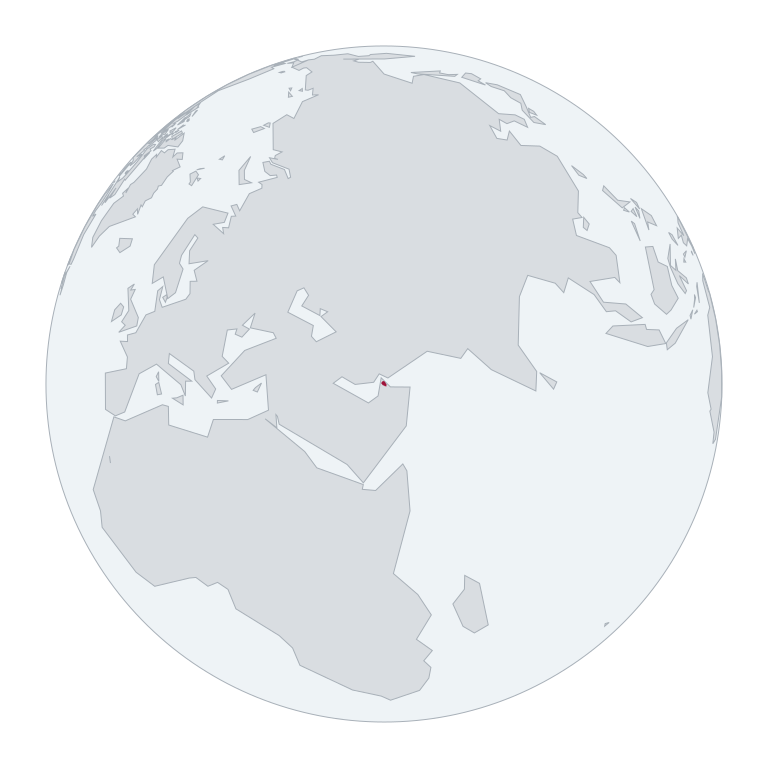 Fujayrah highlighted on a globe, orthographic projection, rotated 326°
{"feature_id": "ARE-341", "entity_name": "Fujayrah", "entity_type": "Emirate", "adm_level": 1, "iso_a3": "ARE", "parent_name": "United Arab Emirates", "parent_adm1": "", "projection": "orthographic", "projection_center": [56.162, 25.265], "detail": "fine", "context": "on_globe", "style": "filled", "palette": "rose", "viewbox_px": 768, "rotation_deg": 326, "n_neighbors": 0, "source": "natural_earth", "source_scale": "10m", "svg_char_len": 11368}
<svg xmlns="http://www.w3.org/2000/svg" viewBox="0 0 768 768"><g transform="rotate(326 384 384)"><circle cx="384" cy="384" r="338" fill="#eef3f6" stroke="#a8b0b8"/><path d="M491.8,63.7L489.6,63.1L494.3,64.8L489.7,63.7L473.8,58.9L470.5,58.4L479.9,61.4L481.2,63.0L467.9,58.5L468.9,61.0L442.4,55.7L410.7,48.2L392.5,47.9L350.5,48.3L350.8,48.8L335.1,50.6L329.6,52.2L323.3,52.8L324.4,53.8L331.1,53.1L333.8,53.5L331.2,54.6L322.8,55.2L322.9,54.7L319.0,55.5L316.0,55.5L316.0,56.2L306.1,57.3L311.9,58.1L300.8,60.7L295.3,61.1L301.1,58.5L302.6,56.0L326.1,51.1L349.9,47.8L373.8,46.2L397.8,46.4L421.7,48.2L445.4,51.7L468.8,56.9L491.8,63.7ZM247.5,74.9L247.1,75.1L259.5,70.1L260.9,69.9L271.6,66.6L264.2,70.2L251.3,75.8L242.0,79.0L236.1,82.0L240.3,82.0L218.6,92.2L196.5,106.9L191.5,109.8L190.1,108.4L201.8,99.5L201.3,99.7L223.9,86.4L247.5,74.9ZM196.2,103.1L195.3,103.7L187.5,109.1L196.2,103.1ZM177.8,116.3L175.7,118.0L178.1,116.3L172.7,120.5L173.5,119.7L177.8,116.3ZM495.7,65.3L498.7,66.3L499.8,66.9L495.7,65.3ZM274.9,65.0L273.2,65.8L272.1,66.0L274.9,65.0ZM281.1,63.1L280.9,62.8L283.9,61.8L283.9,62.1L281.1,63.1ZM493.9,66.0L494.8,67.1L491.1,65.0L493.9,66.0ZM280.6,63.8L289.1,60.3L294.2,58.8L298.6,58.7L280.6,63.8ZM493.5,67.2L495.9,71.0L502.7,73.1L484.8,69.9L488.7,67.3L483.1,64.1L489.5,66.5L493.5,67.2ZM334.4,52.4L327.1,53.2L335.6,51.6L334.4,52.4ZM339.2,51.4L361.4,47.7L370.9,47.8L361.5,48.7L375.7,48.6L369.4,50.3L360.2,50.8L355.3,50.2L356.6,51.5L339.2,51.4ZM474.4,68.1L472.7,68.6L471.5,67.2L474.4,68.1ZM335.5,53.5L339.2,52.5L347.7,52.4L341.9,54.5L341.0,53.8L335.5,53.5ZM382.6,48.0L387.8,48.7L384.2,50.2L385.7,50.8L370.1,50.4L382.6,48.0ZM337.8,54.4L338.7,55.7L332.4,56.9L332.5,54.6L337.8,54.4ZM352.3,51.6L356.0,51.8L352.1,52.3L352.3,51.6ZM310.3,63.3L314.5,61.4L319.3,61.1L310.3,63.3ZM339.5,56.1L341.7,55.7L344.1,55.5L343.4,56.7L339.5,56.1ZM368.6,51.8L365.9,52.5L374.8,51.9L372.4,53.5L362.4,53.2L365.7,54.0L365.0,54.6L357.6,53.8L368.6,51.8ZM349.8,57.5L336.3,58.5L327.4,61.7L322.9,61.9L337.9,56.8L349.8,57.5ZM355.0,55.3L350.8,56.6L347.3,55.9L348.1,54.6L355.0,55.3ZM374.4,54.9L380.6,52.5L382.6,52.7L374.4,54.9ZM347.9,58.5L351.2,58.3L347.7,58.8L347.9,58.5ZM367.0,56.0L369.0,55.0L371.2,55.2L367.0,56.0ZM356.2,59.0L351.9,59.1L352.2,58.1L356.2,59.0ZM361.7,57.7L364.3,58.3L355.0,57.6L362.2,57.1L361.7,57.7ZM368.8,56.4L370.7,56.2L367.6,56.8L368.8,56.4ZM357.2,63.2L345.5,62.7L346.4,60.2L357.7,61.0L357.2,63.2ZM73.2,401.4L70.2,345.2L78.0,330.7L83.9,308.9L141.7,260.2L148.9,269.9L188.7,277.3L192.7,282.0L182.6,297.6L208.0,329.4L222.7,318.0L251.2,337.3L273.6,341.1L291.3,310.3L254.6,303.2L253.6,286.2L287.3,278.3L320.2,285.8L320.9,279.6L304.6,262.7L316.8,253.1L299.5,256.1L303.1,263.2L292.4,265.7L288.5,259.5L292.9,256.1L284.3,251.6L265.3,270.6L266.9,279.9L241.5,278.3L241.7,294.0L233.2,299.2L229.7,274.7L233.5,267.0L223.1,238.7L216.7,246.4L226.2,274.1L221.1,270.7L212.6,282.9L215.2,271.0L206.5,240.3L186.7,238.6L153.4,262.2L143.5,260.2L138.9,249.3L159.1,219.1L179.0,227.3L186.4,218.1L189.3,201.0L195.1,205.4L198.7,199.9L206.9,202.7L225.3,193.6L234.6,195.6L248.5,180.2L255.1,179.5L245.0,188.5L243.0,196.4L267.1,202.9L273.7,200.6L280.7,190.5L286.4,194.2L290.2,183.6L307.2,183.4L289.6,175.3L297.4,164.8L311.3,158.9L310.7,154.4L288.1,164.1L281.9,169.6L281.7,176.3L262.2,191.7L252.5,192.3L260.9,171.8L248.1,171.0L260.3,156.7L313.9,136.9L332.8,135.8L350.2,155.1L342.0,160.7L331.7,156.1L335.1,169.7L337.8,164.0L342.5,167.6L351.2,159.6L355.0,161.9L356.8,150.9L362.4,152.8L361.2,159.7L378.8,150.9L392.2,153.4L394.4,150.4L392.9,146.6L411.0,153.0L411.8,150.7L406.2,147.6L404.1,141.1L407.5,132.6L413.5,135.2L413.1,138.6L421.4,150.5L419.4,160.1L422.2,160.4L425.4,152.8L415.3,138.2L415.6,132.4L421.7,138.5L419.5,135.8L421.6,133.8L429.3,134.6L423.2,127.8L437.7,105.9L454.0,106.4L457.8,113.5L474.3,104.3L491.5,107.6L486.3,104.4L490.6,99.2L485.3,98.0L483.2,96.2L492.0,84.8L498.8,85.0L496.7,78.5L494.0,77.1L488.9,76.5L484.8,69.9L502.7,73.1L507.9,75.8L515.6,76.8L526.3,83.4L538.7,90.0L545.9,98.1L555.1,103.4L557.1,103.3L571.0,111.3L593.0,129.7L566.5,115.0L531.9,91.9L545.3,100.8L539.6,99.2L542.8,103.0L552.5,109.8L555.2,110.2L557.4,127.1L575.5,150.4L580.5,145.4L590.2,149.8L615.2,176.8L630.2,224.0L643.2,234.2L648.3,243.0L646.6,251.5L639.1,238.7L631.5,236.9L627.5,229.0L622.1,239.7L616.2,228.9L614.9,243.5L622.5,250.6L629.4,244.4L630.9,262.8L646.2,273.9L655.0,292.1L653.1,332.7L640.5,350.3L641.3,356.7L632.6,352.8L626.6,368.5L647.1,397.1L648.4,407.1L636.2,431.9L634.9,424.7L612.1,414.2L611.7,438.9L629.2,452.9L635.3,473.5L623.6,470.7L616.9,452.8L608.8,448.4L608.2,427.4L596.1,399.1L584.1,408.8L582.3,396.2L563.9,374.3L545.1,387.3L517.0,426.8L517.6,459.0L506.0,474.7L481.0,432.1L473.2,401.5L462.0,405.7L438.1,381.0L390.6,381.2L385.7,372.9L376.4,376.8L359.8,368.2L353.2,354.5L342.3,355.0L360.5,391.0L372.4,390.6L385.1,377.3L387.7,390.0L403.9,401.1L379.0,431.2L311.6,454.4L308.4,430.1L274.6,358.7L277.5,351.4L277.5,350.5L277.3,348.9L270.7,360.4L266.0,346.4L280.5,395.7L281.4,415.9L310.6,455.8L307.1,459.2L317.5,467.6L354.9,460.8L354.4,468.8L334.6,503.8L285.8,546.4L294.3,577.5L294.1,601.9L268.1,613.8L275.0,632.0L262.2,635.7L264.4,645.2L256.7,652.9L242.2,657.9L212.6,649.8L207.2,641.2L186.8,620.1L157.0,570.2L160.6,551.7L156.4,533.9L135.5,487.6L139.8,467.0L135.1,455.4L124.9,453.2L119.9,439.2L114.1,436.0L80.8,423.5L73.2,401.4ZM116.1,290.3L113.1,296.4L113.1,296.5L116.1,290.3ZM351.5,311.1L373.5,314.0L369.5,292.9L377.7,292.6L373.3,285.9L369.1,291.4L359.5,273.3L371.1,268.3L371.4,259.5L364.1,258.2L344.4,270.7L358.1,296.0L350.5,303.9L351.5,311.1ZM182.4,112.8L178.7,115.6L179.6,114.9L182.4,112.8ZM173.6,122.5L165.0,129.2L171.1,124.0L169.2,124.7L179.7,115.5L189.6,110.8L183.2,114.2L173.6,122.5ZM196.4,103.2L188.6,108.7L196.7,102.9L196.4,103.2ZM210.8,169.8L211.3,174.5L204.8,179.8L193.0,179.8L202.2,171.9L210.8,169.8ZM213.5,180.4L225.2,161.5L233.0,161.5L226.6,164.5L230.6,166.5L221.4,172.0L217.5,191.5L211.5,197.6L193.0,192.8L202.3,190.6L201.3,185.7L213.5,180.4ZM241.2,121.4L246.4,115.5L256.6,122.9L250.6,127.7L238.5,127.4L238.4,121.6L241.2,121.4ZM286.7,65.2L288.1,64.1L290.4,63.7L291.2,64.3L286.7,65.2ZM311.9,62.4L283.4,70.3L283.5,69.2L266.8,76.4L260.4,76.5L271.5,71.6L254.0,77.7L261.5,73.4L249.6,78.1L274.9,67.3L280.9,64.4L276.7,67.4L282.3,67.2L286.6,66.3L303.1,61.9L318.8,56.6L326.9,56.3L328.5,57.6L326.0,58.8L321.5,58.4L321.3,60.4L312.9,60.8L311.9,62.4ZM342.3,85.0L338.2,81.9L336.4,90.0L328.0,88.8L328.3,89.8L320.1,91.1L310.6,94.9L307.6,93.7L305.2,95.7L299.7,97.0L295.4,99.6L288.5,98.7L282.7,101.9L282.7,99.7L274.6,105.6L277.5,100.9L270.7,102.8L271.4,106.4L244.4,99.8L230.8,102.2L217.9,107.2L224.6,99.6L241.1,90.6L261.0,83.1L273.1,82.5L274.0,79.7L280.0,78.8L276.8,81.3L285.4,76.9L289.5,77.0L307.3,73.0L317.1,67.6L323.8,66.5L322.0,68.7L330.0,66.0L331.2,69.6L336.0,69.0L342.1,72.5L335.8,77.8L341.7,76.8L346.6,79.9L342.3,85.0ZM358.6,64.3L353.1,69.8L345.7,72.2L338.3,65.4L333.7,65.5L328.7,62.2L339.4,59.0L339.8,60.2L342.8,60.6L338.2,61.4L344.1,61.1L344.9,62.9L349.6,63.3L346.5,64.9L358.6,64.3ZM200.7,277.5L204.5,279.6L211.1,280.9L205.8,289.0L200.7,277.5ZM194.3,256.6L198.2,256.7L194.0,267.9L190.1,266.2L194.3,256.6ZM204.0,247.8L198.8,255.9L199.3,250.5L204.0,247.8ZM249.0,188.4L253.6,188.4L252.7,190.9L248.5,194.0L249.0,188.4ZM335.4,112.0L334.2,109.1L336.4,108.3L340.5,101.5L347.1,102.3L347.2,106.8L335.4,112.0ZM283.0,314.7L274.5,319.8L272.0,316.1L275.4,315.1L283.0,314.7ZM236.7,304.5L245.6,311.0L235.2,306.6L236.7,304.5ZM343.3,111.8L344.2,108.7L346.9,111.1L343.3,111.8ZM352.1,102.7L355.9,104.8L348.4,101.7L352.1,102.7ZM433.4,706.3L437.3,707.6L431.5,708.2L433.4,706.3ZM351.7,602.7L335.7,642.0L319.7,640.9L314.0,629.1L318.1,604.9L335.9,599.1L343.9,587.8L351.7,602.7ZM680.4,499.7L684.7,497.8L684.3,499.3L680.4,499.7ZM676.1,498.3L681.5,495.1L674.7,501.9L676.1,498.3ZM683.5,493.8L689.0,487.3L691.4,483.4L690.6,486.6L683.5,493.8ZM672.2,500.8L648.3,513.0L638.0,514.0L641.1,507.8L657.7,501.4L672.2,500.8ZM640.2,508.0L623.6,500.4L596.3,466.2L606.2,463.9L633.8,480.6L632.2,485.6L642.3,493.0L640.2,508.0ZM677.7,463.2L675.9,477.4L663.3,483.2L657.2,484.2L653.1,469.0L655.5,459.0L660.7,456.8L677.3,416.6L683.8,420.3L679.5,436.2L684.6,445.0L677.7,463.2ZM519.4,461.7L528.4,478.9L521.7,483.1L519.4,461.7ZM681.4,391.2L676.4,408.7L680.1,387.2L681.4,391.2ZM681.9,372.3L683.6,378.7L679.8,374.0L681.9,372.3ZM643.6,366.1L638.2,370.3L636.8,365.6L642.8,357.5L643.6,366.1ZM661.6,307.8L666.4,321.8L667.1,327.1L662.3,319.9L661.6,307.8ZM400.7,120.8L387.7,128.8L382.7,136.4L386.7,143.1L375.4,137.7L383.2,125.8L400.7,120.8ZM432.5,107.1L428.9,102.2L434.1,102.8L435.6,104.0L432.5,107.1ZM427.7,105.3L416.5,102.6L416.9,98.8L425.7,101.7L427.7,105.3ZM379.6,105.7L375.3,107.8L373.2,105.6L379.6,105.7ZM656.6,583.7L627.9,615.2L623.2,617.4L630.7,608.5L639.0,588.7L641.1,587.8L647.6,572.3L671.6,545.0L690.9,508.0L696.9,502.6L706.0,476.7L710.0,470.5L704.8,488.9L704.8,490.3L695.5,515.0L684.3,538.9L671.3,561.8L656.6,583.7ZM690.8,493.1L697.7,478.1L700.4,474.7L690.8,493.1ZM716.6,443.6L714.6,449.9L716.3,441.6L717.0,433.3L712.2,438.7L711.2,434.3L713.7,426.9L709.4,427.9L714.3,418.6L715.5,428.7L717.9,414.9L720.2,410.8L721.0,408.7L716.6,443.6ZM712.6,446.6L713.3,445.5L712.2,450.3L712.6,446.6ZM702.7,447.9L702.3,451.7L700.7,450.6L702.7,447.9ZM704.9,443.7L709.2,442.6L704.3,447.2L704.9,443.7ZM687.8,445.9L689.6,453.0L695.5,443.2L690.9,454.3L694.0,465.1L692.3,471.3L689.5,459.3L687.0,475.8L684.3,477.4L683.7,465.2L686.8,447.2L689.5,438.6L699.5,427.9L687.8,445.9ZM705.2,433.5L703.9,425.0L704.7,417.5L706.3,421.3L705.2,433.5ZM698.5,405.2L693.2,397.1L689.7,404.5L695.4,382.6L699.8,393.8L698.5,405.2ZM691.9,383.0L688.8,389.8L691.1,377.7L691.9,383.0ZM687.2,386.7L685.4,379.1L688.6,377.9L687.2,386.7ZM693.8,381.9L692.1,368.0L694.9,374.7L693.8,381.9ZM680.5,362.3L689.7,370.6L680.0,371.2L673.4,345.8L677.0,342.6L680.5,362.3ZM660.9,246.5L656.5,240.2L658.0,236.3L660.6,241.7L660.9,246.5ZM658.9,220.3L657.0,233.3L654.7,245.0L658.3,246.4L663.1,259.4L654.5,251.0L651.7,234.3L654.4,227.8L649.2,217.6L647.7,208.2L639.2,197.3L636.7,191.0L645.2,199.3L658.9,220.3ZM635.3,192.9L620.0,173.2L625.5,171.8L630.1,175.7L634.8,185.1L631.6,185.3L635.3,192.9ZM617.9,168.3L614.7,168.5L585.3,145.7L580.5,140.8L605.7,155.9L604.0,157.2L610.3,163.5L617.9,168.3ZM476.3,69.7L473.0,68.7L476.2,69.0L476.3,69.7ZM480.1,95.7L477.7,93.3L481.5,93.3L480.1,95.7ZM473.1,87.0L470.5,88.6L470.7,85.7L473.1,87.0ZM465.1,92.8L468.2,88.7L468.9,94.3L465.1,92.8Z" fill="#d9dde1" stroke="#a8b0b8" stroke-width="1"/><path d="M384.5,383.6L384.4,383.7L384.2,383.7L383.9,383.6L383.9,383.8L384.0,383.8L383.9,384.0L383.8,384.3L383.7,384.3L383.6,384.2L383.5,384.3L383.4,384.3L383.3,384.2L383.1,384.2L383.0,383.9L383.2,383.7L383.1,383.3L383.3,383.4L383.3,383.5L383.6,383.5L383.8,383.4L383.9,383.2L383.7,383.2L383.8,382.9L383.8,382.7L383.7,382.6L383.4,382.7L383.2,382.7L383.0,382.3L383.0,382.2L383.3,382.0L383.4,381.9L383.5,381.8L383.9,381.7L384.0,381.7L384.1,381.8L384.3,381.9L384.6,381.9L384.9,382.0L385.0,382.1L385.1,382.5L385.1,383.0L384.8,383.3L384.6,383.4L384.6,383.5L384.5,383.6ZM384.4,384.3L384.5,384.3L384.6,384.2L384.8,384.1L385.0,384.0L385.0,383.8L385.2,383.7L385.2,383.8L385.1,384.1L385.1,384.3L385.1,385.2L384.8,385.1L384.7,385.1L384.7,385.3L384.8,385.4L384.8,385.5L384.7,385.6L384.6,385.8L384.5,385.7L384.1,385.3L384.0,385.2L384.0,384.6L384.0,384.3L384.2,384.2L384.2,384.3L384.3,384.3L384.4,384.3ZM384.8,386.1L384.6,386.3L384.5,386.2L384.8,386.1L384.8,386.1Z" fill="#f43f5e" stroke="#9f1239" stroke-width="1.5"/></g></svg>